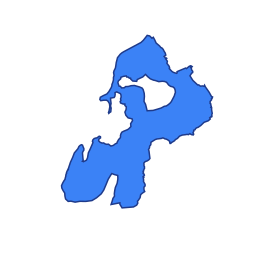 Hihifo, Vava'u, Tonga (Mercator projection), rotated 151°
{"feature_id": "48082658B37822051650309", "entity_name": "Hihifo", "entity_type": "district", "adm_level": 2, "iso_a3": "TON", "parent_name": "Tonga", "parent_adm1": "Vava'u", "projection": "mercator", "projection_center": [-174.028, -18.638], "detail": "fine", "context": "isolated", "style": "filled", "palette": "blue", "viewbox_px": 256, "rotation_deg": 151, "n_neighbors": 0, "source": "geoboundaries", "source_scale": "gbopen_adm2", "svg_char_len": 4679}
<svg xmlns="http://www.w3.org/2000/svg" viewBox="0 0 256 256"><g transform="rotate(151 128 128)"><path d="M157.9,56.3L155.9,57.5L155.2,59.4L153.9,59.8L151.2,61.2L149.2,63.6L146.8,64.1L144.2,64.3L144.0,66.1L143.2,67.8L142.6,68.6L141.6,68.8L141.0,69.3L140.4,70.5L140.4,72.8L140.3,74.0L139.6,74.8L138.4,78.0L138.0,77.7L138.0,78.1L136.5,78.8L136.4,79.8L136.7,80.9L136.3,81.0L136.1,82.4L135.2,82.8L135.0,83.5L134.4,83.7L133.9,84.3L133.2,84.6L132.3,86.3L132.4,87.2L131.8,88.1L131.2,89.6L129.2,90.3L127.1,89.9L125.1,90.1L123.6,90.7L120.8,97.7L120.5,99.2L118.9,100.2L117.8,101.7L116.2,102.3L114.8,104.4L109.9,104.7L108.1,104.4L106.6,103.8L103.9,102.7L102.4,102.5L101.6,101.7L101.1,100.7L99.8,99.6L99.1,98.5L98.3,96.9L98.1,95.6L98.6,95.0L98.7,94.1L98.1,93.8L96.8,94.2L95.5,94.2L93.4,94.3L92.2,94.9L89.8,94.9L86.9,95.9L83.9,95.5L80.7,94.2L79.4,93.8L78.4,92.9L76.7,93.1L75.7,91.4L74.3,90.3L73.5,90.8L73.5,92.3L72.0,93.3L71.6,94.2L70.1,94.0L69.2,94.7L67.8,94.9L66.4,94.6L63.2,94.9L58.7,96.1L54.3,95.4L51.7,96.0L51.6,97.3L49.6,97.7L49.4,97.2L48.9,97.5L48.3,99.0L47.2,100.0L46.6,101.9L45.9,103.7L45.0,105.2L45.5,105.8L44.9,106.1L44.6,106.6L44.7,107.2L43.9,109.0L44.3,109.6L43.3,111.4L41.2,112.2L40.7,113.3L39.8,113.3L39.0,114.2L39.7,114.9L39.7,119.8L39.9,121.8L40.4,126.5L40.3,128.3L41.3,127.6L42.3,128.6L44.4,129.5L45.2,131.4L46.2,131.9L47.0,134.4L48.2,138.2L48.5,143.6L45.7,145.1L44.6,145.1L43.9,146.2L44.2,147.8L43.7,149.3L43.8,150.7L42.9,150.3L42.1,150.6L42.9,152.0L44.4,152.3L46.6,151.9L48.0,151.6L48.5,152.5L56.5,153.4L57.8,153.5L58.3,152.4L59.1,152.3L61.2,154.5L62.1,156.0L63.1,159.9L62.5,160.3L62.1,162.2L62.6,165.7L61.2,167.3L61.5,170.1L60.4,170.1L60.4,170.5L61.2,170.6L61.7,173.1L59.6,173.4L59.1,175.5L59.2,177.7L59.1,179.7L59.5,181.5L60.3,182.6L60.6,184.4L62.2,188.7L61.9,192.2L61.9,195.1L63.5,194.9L64.4,198.0L66.3,199.7L72.0,197.3L75.2,196.5L94.5,196.8L96.9,196.7L99.0,196.3L103.1,194.6L104.3,193.3L106.5,191.0L108.6,188.2L110.0,186.5L112.5,184.8L113.8,183.4L114.7,180.7L116.2,179.3L117.5,177.0L119.3,175.2L121.0,173.8L121.6,172.8L122.9,171.6L127.1,169.1L130.0,168.0L134.0,168.3L137.3,168.3L138.8,166.6L138.6,165.1L135.8,164.1L133.3,162.7L132.5,161.2L132.4,158.3L133.6,155.4L136.4,152.0L137.6,151.0L137.7,150.1L136.7,150.4L135.2,150.5L133.1,153.6L132.6,155.7L130.9,157.7L129.9,160.2L128.8,162.6L125.3,161.4L124.2,162.0L123.0,163.5L122.2,165.2L120.4,165.1L118.0,161.8L118.1,160.4L119.0,158.4L120.4,157.1L120.9,155.4L122.0,155.0L122.4,153.5L120.6,151.3L119.1,150.5L119.8,149.1L119.2,147.4L120.7,145.1L123.0,143.4L123.7,140.2L123.0,136.8L120.0,134.0L120.5,132.2L123.6,130.5L124.8,127.8L127.8,126.9L129.3,126.8L133.6,127.3L135.5,127.3L136.9,126.4L138.3,125.0L138.9,123.7L140.3,122.8L141.6,122.6L143.0,121.7L144.3,120.9L145.1,120.1L146.7,120.3L149.3,119.9L151.7,120.5L152.1,121.4L152.9,123.3L154.6,124.1L155.6,125.0L156.5,126.7L158.0,127.4L159.3,129.0L159.9,131.0L158.9,132.4L156.8,132.7L156.3,133.8L157.2,134.8L160.1,134.4L160.8,134.8L162.7,135.2L163.6,134.9L164.4,134.7L165.6,133.6L165.5,132.6L166.5,131.6L171.7,127.6L174.7,125.5L177.9,121.5L180.0,120.0L180.5,120.0L181.0,120.0L182.5,120.1L183.2,120.1L184.0,121.0L182.9,121.4L182.0,123.6L179.9,128.3L178.9,129.2L177.4,130.0L176.6,131.3L176.4,133.2L176.1,135.1L176.9,136.0L178.4,136.0L179.9,135.6L181.8,134.2L187.0,132.2L190.8,129.0L195.0,125.9L198.9,122.3L199.6,121.6L199.9,121.5L200.1,121.3L200.2,121.0L200.3,121.0L200.5,120.9L200.5,120.6L200.9,120.6L200.9,120.4L201.5,120.1L202.0,120.0L203.7,118.5L203.7,118.1L204.6,117.6L205.2,116.9L205.9,115.9L207.4,114.4L208.0,113.6L209.4,113.0L211.7,111.6L214.1,109.8L215.0,107.5L215.1,104.8L214.9,101.8L216.2,98.9L217.0,96.2L215.9,92.8L213.4,91.7L210.2,88.8L205.6,87.2L200.6,84.3L194.7,82.0L189.3,82.2L183.3,83.4L179.3,85.5L175.2,88.7L170.1,92.8L166.1,95.1L164.2,96.0L162.6,94.0L160.0,91.5L160.8,89.8L161.6,88.3L164.3,84.9L167.9,82.1L169.8,79.9L171.8,77.2L172.9,74.9L175.2,73.8L177.4,71.6L179.9,69.3L171.4,66.5L172.1,65.1L171.9,61.0L161.5,56.3L157.9,56.3ZM73.5,151.0L72.1,149.3L71.6,145.9L70.6,143.8L68.8,142.2L68.1,140.4L68.3,138.6L69.3,136.1L70.5,135.1L72.0,133.6L73.8,132.4L77.3,130.1L79.0,129.4L81.4,128.9L83.8,128.7L85.8,129.4L89.2,129.4L93.1,130.2L97.5,131.2L102.9,133.8L101.2,140.1L101.1,143.5L98.3,147.7L97.0,150.5L96.1,154.3L96.3,156.1L98.1,158.4L101.8,162.1L104.8,163.5L107.7,164.2L110.0,165.4L111.8,165.0L114.2,166.2L114.4,168.1L115.5,168.9L114.9,172.5L113.7,173.8L110.5,174.6L109.7,175.8L107.0,175.4L104.3,174.4L104.4,173.2L103.3,172.6L102.7,171.0L101.6,170.3L101.9,169.4L101.1,166.8L97.8,164.6L96.4,165.9L92.9,165.7L90.3,165.5L86.7,166.4L85.9,163.4L84.6,160.1L82.5,157.5L81.2,156.4L78.6,153.6L75.4,152.3L73.5,151.0Z" fill="#3b82f6" stroke="#1e3a8a" stroke-width="1.5"/></g></svg>